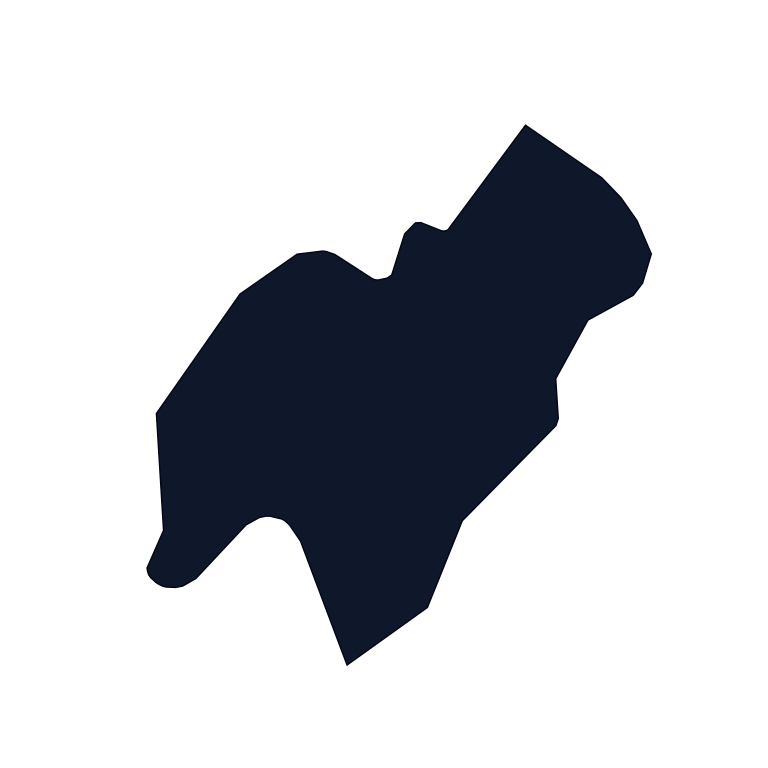 Ealing, orthographic projection, rotated 307°
{"feature_id": "GBR-2066", "entity_name": "Ealing", "entity_type": "London Borough", "adm_level": 1, "iso_a3": "GBR", "parent_name": "United Kingdom", "parent_adm1": "", "projection": "orthographic", "projection_center": [-0.328, 51.519], "detail": "fine", "context": "isolated", "style": "filled", "palette": "ink", "viewbox_px": 768, "rotation_deg": 307, "n_neighbors": 0, "source": "natural_earth", "source_scale": "10m", "svg_char_len": 798}
<svg xmlns="http://www.w3.org/2000/svg" viewBox="0 0 768 768"><g transform="rotate(307 384 384)"><path d="M620.1,529.8L604.8,529.6L557.8,508.4L491.6,517.9L461.2,544.0L454.3,546.3L321.9,528.8L231.7,553.1L137.4,523.6L208.3,411.9L214.6,393.3L215.2,386.7L214.6,383.3L209.8,372.4L207.7,369.5L202.6,364.9L188.5,358.6L115.5,350.8L101.5,344.8L96.1,339.9L90.6,331.9L89.3,328.4L88.6,325.0L88.3,321.4L89.0,314.1L90.0,311.0L92.0,308.1L94.5,305.5L134.4,296.1L223.5,220.0L369.2,214.9L435.4,236.5L453.4,255.2L455.1,258.4L457.8,266.7L461.1,312.0L462.0,314.5L463.5,316.8L470.4,322.8L475.7,324.6L516.3,310.2L531.6,312.2L535.0,316.2L540.8,337.4L541.8,339.4L543.8,341.4L545.6,342.3L675.8,341.3L679.7,433.8L675.3,461.3L666.7,487.7L648.7,519.2L620.1,529.8Z" fill="#0f172a" stroke="#020617" stroke-width="1.5"/></g></svg>